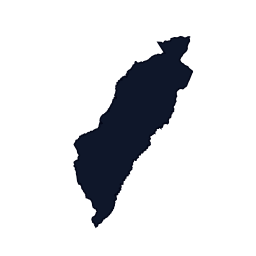 Metarica, Niassa, Mozambique, rotated 105°
{"feature_id": "85939544B27352268742856", "entity_name": "Metarica", "entity_type": "district", "adm_level": 2, "iso_a3": "MOZ", "parent_name": "Mozambique", "parent_adm1": "Niassa", "projection": "mercator", "projection_center": [37.03, -14.331], "detail": "fine", "context": "isolated", "style": "filled", "palette": "ink", "viewbox_px": 256, "rotation_deg": 105, "n_neighbors": 0, "source": "geoboundaries", "source_scale": "gbopen_adm2", "svg_char_len": 5906}
<svg xmlns="http://www.w3.org/2000/svg" viewBox="0 0 256 256"><g transform="rotate(105 128 128)"><path d="M157.1,175.5L157.8,175.6L158.4,175.1L162.4,171.1L164.9,170.0L166.6,167.9L167.5,167.8L168.2,168.3L169.6,168.4L171.6,167.6L173.0,169.6L174.8,171.0L175.2,171.0L175.8,170.7L176.5,169.9L177.1,169.7L178.6,170.2L179.1,169.6L179.5,168.3L180.5,168.3L181.1,168.0L181.7,168.0L182.3,167.1L184.1,166.1L185.6,165.8L187.6,164.7L192.3,162.8L194.8,160.9L194.7,160.0L194.1,159.5L194.3,159.2L195.4,158.5L196.3,157.5L197.8,157.0L198.4,156.6L199.3,155.2L200.8,154.1L201.4,152.8L202.4,152.2L202.8,151.3L204.0,151.2L205.4,150.4L206.0,150.3L206.0,148.9L206.5,147.0L206.3,146.4L206.4,145.8L208.2,143.8L209.7,142.8L212.0,141.9L213.7,140.8L213.8,139.8L214.3,139.2L214.4,137.8L214.7,137.3L215.4,137.1L216.0,136.4L216.9,135.9L217.9,136.5L219.7,136.5L221.3,136.9L222.4,137.6L223.1,138.6L223.8,139.0L225.4,139.1L226.2,138.8L226.8,138.1L227.9,137.8L228.1,137.6L227.9,136.8L229.2,135.7L229.3,135.0L229.7,134.8L230.4,134.9L231.9,133.4L231.2,133.1L230.7,132.3L229.9,132.2L229.2,132.3L228.2,132.1L226.4,129.6L225.6,129.3L224.9,129.6L224.3,128.8L223.6,128.7L223.2,128.9L222.1,128.4L221.8,127.5L220.5,126.9L219.3,125.4L218.8,125.3L218.3,124.8L217.1,124.5L216.5,123.8L215.8,123.6L215.2,123.7L214.5,122.8L212.7,122.6L211.7,121.9L211.1,122.3L209.5,121.4L209.0,121.4L208.7,121.7L207.8,121.5L207.3,121.4L206.7,121.6L206.3,121.3L204.8,121.7L203.7,121.5L202.0,122.4L200.1,121.0L198.9,121.2L198.6,121.5L197.5,121.9L197.4,122.2L197.0,122.3L196.3,123.3L195.1,122.8L195.6,121.9L194.9,121.0L194.5,121.3L194.1,121.2L194.0,121.4L192.7,121.4L192.4,121.1L192.7,120.5L192.5,120.1L190.6,120.2L189.5,119.2L189.0,119.6L188.5,120.6L188.3,120.6L187.9,119.6L187.6,119.5L186.3,119.7L184.4,120.7L183.8,120.7L183.6,120.3L183.9,119.7L183.6,119.2L183.6,118.6L180.7,119.1L179.6,119.1L179.4,118.9L179.4,118.1L178.9,117.9L177.6,118.2L176.7,117.2L176.1,117.8L175.1,117.5L174.3,116.7L173.9,115.8L172.6,116.0L172.0,115.6L171.7,114.9L170.4,115.5L169.9,116.0L168.7,114.9L167.7,114.6L167.4,114.1L166.8,113.8L165.9,114.1L165.1,114.0L164.5,114.9L164.1,115.1L163.7,114.8L161.7,114.3L160.6,115.1L159.1,114.3L157.4,114.5L157.0,113.2L157.0,112.7L157.2,112.3L157.1,112.0L156.7,111.9L156.4,112.1L155.4,112.1L153.6,110.5L152.6,111.2L151.7,111.1L150.9,110.1L150.7,109.3L150.1,109.3L149.5,109.7L149.0,109.5L148.1,107.6L147.3,107.4L146.9,107.9L146.4,107.7L146.0,106.8L144.7,106.0L144.8,105.5L145.3,105.2L143.2,105.4L142.8,104.9L142.5,104.2L141.3,104.2L139.9,104.6L139.6,104.3L139.7,103.4L138.3,102.3L137.6,102.5L137.1,103.0L136.5,102.9L135.5,104.0L134.5,104.7L134.2,104.6L133.8,104.1L132.8,103.8L132.3,103.9L132.0,104.4L131.3,104.9L129.4,104.7L129.0,103.6L128.2,103.2L127.5,102.3L126.1,101.8L126.2,100.8L124.9,101.2L124.0,101.2L123.2,100.3L122.4,100.8L121.1,100.2L120.5,99.5L120.4,98.6L119.5,98.5L119.0,97.7L119.0,97.2L119.3,97.2L119.6,96.4L119.2,96.6L118.6,96.4L118.0,95.8L118.0,95.6L118.4,95.4L118.3,95.2L115.0,95.1L114.5,94.7L114.4,94.2L114.0,94.1L114.2,93.9L113.6,92.7L113.2,92.6L113.4,92.3L113.1,92.1L113.5,91.7L113.4,91.4L113.6,91.1L112.8,90.5L111.6,90.6L110.4,91.3L109.7,91.1L108.6,91.2L107.5,90.9L107.0,89.9L106.6,89.7L105.9,89.7L105.3,90.1L104.4,89.9L104.0,90.2L103.2,89.9L102.8,89.5L101.6,89.5L100.9,89.7L100.5,88.7L99.9,88.4L99.1,88.8L97.8,88.8L96.5,89.9L95.1,90.0L94.8,90.0L93.7,89.2L91.4,89.2L89.8,88.7L88.8,89.4L87.7,89.8L85.8,89.7L84.9,89.3L84.5,89.4L83.8,90.0L80.9,90.9L79.1,90.4L77.5,89.2L76.9,89.2L76.5,88.2L75.8,87.2L75.9,85.6L75.6,84.9L73.9,84.0L73.0,83.0L72.1,82.5L67.4,82.0L65.9,81.6L57.4,80.6L57.3,80.4L56.5,80.6L54.8,84.7L53.4,86.2L53.0,89.6L52.0,91.0L51.6,92.9L50.7,94.4L48.8,95.9L45.7,95.4L44.3,94.6L42.4,94.3L38.8,92.0L37.1,91.5L35.8,91.5L34.2,92.1L33.3,92.1L30.8,91.9L28.3,91.2L26.5,91.8L25.3,92.7L24.8,92.6L24.2,92.2L24.1,92.5L24.8,94.0L25.6,94.6L26.5,96.2L26.5,98.0L26.1,98.6L26.2,100.8L26.9,101.9L27.8,102.7L28.4,104.0L28.8,106.5L29.6,107.6L30.6,109.4L31.6,109.2L33.1,109.7L33.8,111.6L34.6,112.6L34.4,113.9L34.6,114.6L35.1,115.0L36.4,115.3L37.3,116.3L37.4,116.7L36.8,117.8L37.5,121.2L46.0,111.9L46.6,113.4L47.4,114.0L48.9,114.9L49.1,118.1L50.3,119.2L50.6,120.5L53.2,123.4L53.9,123.6L55.1,124.6L56.8,125.5L58.0,126.9L58.6,127.4L59.0,128.4L60.0,129.9L61.1,130.6L61.3,131.7L61.0,132.3L61.9,133.3L63.0,135.2L62.7,136.5L62.0,137.4L62.1,137.9L62.9,138.0L64.3,137.7L65.3,138.3L66.1,139.2L66.9,139.1L67.7,139.4L68.4,139.4L69.7,140.2L70.4,140.0L72.2,142.0L73.8,143.0L74.2,143.0L74.3,142.5L75.1,141.9L76.0,142.1L76.2,142.7L76.0,143.1L76.7,143.4L77.2,143.3L77.8,142.3L78.8,142.4L79.2,142.9L78.8,144.0L79.1,144.7L79.5,145.2L80.0,145.3L80.3,146.3L81.1,146.4L81.6,147.0L82.0,146.7L83.0,146.6L82.7,147.6L83.4,147.7L83.9,148.1L84.6,148.4L84.6,148.9L84.9,149.2L85.9,148.8L86.5,149.0L86.6,149.7L87.0,150.2L87.7,150.1L88.3,149.4L89.3,149.5L89.8,150.4L91.1,150.3L92.2,149.8L93.3,149.9L94.5,148.7L95.1,149.0L96.7,148.9L97.6,148.7L98.9,149.1L100.1,149.0L100.3,148.9L100.2,148.2L100.7,147.7L101.2,147.4L101.4,147.7L101.9,147.7L101.9,147.3L102.2,147.2L102.4,147.6L102.0,148.5L102.3,149.0L102.7,149.0L102.9,148.8L104.0,149.0L104.6,149.6L105.2,149.4L106.1,149.6L106.5,149.3L108.1,149.5L108.8,149.8L109.6,149.7L110.4,150.4L111.3,150.2L112.8,150.8L113.7,150.7L114.9,151.7L116.4,150.7L117.0,151.4L116.6,151.8L116.8,152.1L118.1,152.3L118.6,153.0L120.3,153.7L120.4,154.2L121.3,154.6L122.0,155.7L124.3,156.7L126.1,157.0L128.4,156.7L130.2,154.3L130.5,154.6L130.5,155.3L130.0,156.0L130.1,156.3L132.9,156.4L133.5,155.9L134.4,155.8L134.7,156.4L136.1,156.6L136.6,156.9L137.1,157.5L137.3,158.3L139.0,160.2L140.6,161.2L140.9,162.8L141.1,163.1L141.7,163.2L142.2,163.7L142.7,165.0L143.3,165.7L144.7,166.5L145.0,167.4L145.6,167.6L145.5,168.1L145.2,168.5L145.8,169.0L146.8,169.1L146.7,170.4L148.1,171.0L148.3,172.0L148.7,172.3L149.6,172.0L150.2,172.2L151.2,172.9L151.7,172.9L152.4,173.2L153.4,174.8L154.2,174.9L154.9,174.7L157.1,175.5Z" fill="#0f172a" stroke="#020617" stroke-width="1.5"/></g></svg>